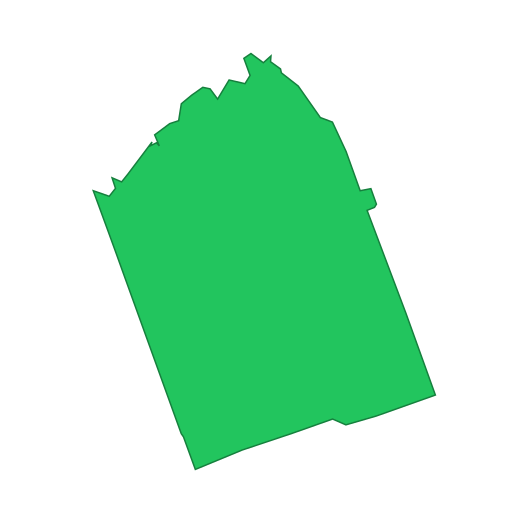 Copiah, Mississippi, United States of America, rotated 250°
{"feature_id": "52423323B66491934783020", "entity_name": "Copiah", "entity_type": "district", "adm_level": 2, "iso_a3": "USA", "parent_name": "United States of America", "parent_adm1": "Mississippi", "projection": "albers", "projection_center": [-90.323, 31.868], "detail": "fine", "context": "isolated", "style": "filled", "palette": "green", "viewbox_px": 512, "rotation_deg": 250, "n_neighbors": 0, "source": "geoboundaries", "source_scale": "gbopen_adm2", "svg_char_len": 787}
<svg xmlns="http://www.w3.org/2000/svg" viewBox="0 0 512 512"><g transform="rotate(250 256 256)"><path d="M64.5,314.1L64.0,377.0L151.1,377.3L260.9,376.0L261.2,384.0L263.5,386.9L280.0,387.0L281.7,376.2L323.3,376.4L355.7,373.6L364.1,363.8L401.3,353.8L419.4,342.5L423.4,343.0L433.6,336.1L438.9,338.5L435.1,329.0L448.0,320.5L445.9,312.2L427.7,312.2L421.7,304.6L430.6,290.9L416.6,273.6L428.8,270.0L432.7,263.7L429.1,250.5L424.6,237.9L409.6,229.6L409.9,220.2L404.5,202.2L392.5,202.8L396.4,201.2L395.7,194.7L398.7,197.3L376.7,163.5L371.6,155.1L378.7,147.5L367.6,147.1L362.3,138.5L373.0,125.4L330.0,125.5L309.9,125.5L307.1,125.5L280.5,125.4L114.6,125.0L110.8,126.0L76.2,126.0L78.4,176.7L77.0,229.4L76.6,272.2L66.6,282.7L64.5,314.1Z" fill="#22c55e" stroke="#15803d" stroke-width="1.5"/></g></svg>